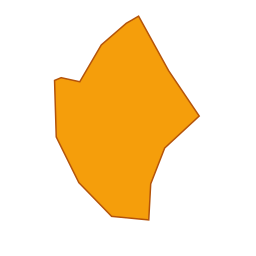 Saint Patrick, Albers equal-area conic projection, rotated 236°
{"feature_id": "GRD-5075", "entity_name": "Saint Patrick", "entity_type": "Parish", "adm_level": 1, "iso_a3": "GRD", "parent_name": "Grenada", "parent_adm1": "", "projection": "albers", "projection_center": [-61.638, 12.208], "detail": "fine", "context": "isolated", "style": "filled", "palette": "amber", "viewbox_px": 256, "rotation_deg": 236, "n_neighbors": 0, "source": "natural_earth", "source_scale": "10m", "svg_char_len": 339}
<svg xmlns="http://www.w3.org/2000/svg" viewBox="0 0 256 256"><g transform="rotate(236 128 128)"><path d="M40.2,93.8L63.9,65.0L110.2,56.7L160.7,63.5L208.5,93.7L207.1,100.7L193.3,113.9L211.8,152.3L215.8,185.2L214.8,199.3L152.7,193.7L98.1,193.7L90.9,147.2L69.0,115.6L40.2,93.8Z" fill="#f59e0b" stroke="#b45309" stroke-width="1.5"/></g></svg>